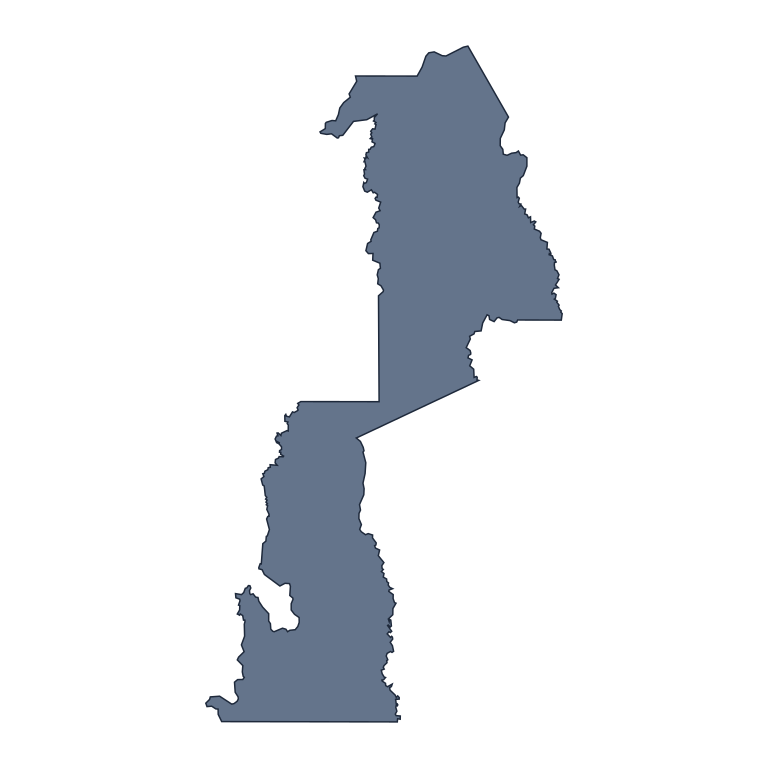 outline of Novo Aripuanã, Amazonas, Brazil
{"feature_id": "56859067B78656810677763", "entity_name": "Novo Aripuanã", "entity_type": "district", "adm_level": 2, "iso_a3": "BRA", "parent_name": "Brazil", "parent_adm1": "Amazonas", "projection": "natural_earth1", "projection_center": [-60.525, -6.833], "detail": "fine", "context": "isolated", "style": "filled", "palette": "slate", "viewbox_px": 768, "rotation_deg": 0, "n_neighbors": 0, "source": "geoboundaries", "source_scale": "gbopen_adm2", "svg_char_len": 6119}
<svg xmlns="http://www.w3.org/2000/svg" viewBox="0 0 768 768"><path d="M221.7,721.6L397.3,721.9L397.6,718.7L400.2,719.2L400.3,716.0L396.1,715.6L395.3,714.1L396.9,711.2L395.8,707.5L396.2,705.3L397.2,705.9L397.8,704.9L397.2,703.8L396.3,704.2L395.6,699.4L399.2,699.1L399.2,697.5L397.7,695.9L396.3,697.5L395.2,695.1L390.1,690.2L389.6,687.6L391.4,686.6L392.2,684.1L387.5,686.7L385.7,685.6L385.5,683.3L382.2,681.1L381.9,680.1L383.6,679.8L385.5,677.5L384.3,677.2L382.2,673.8L381.3,670.2L384.2,669.1L383.3,667.3L384.0,665.6L387.0,662.7L386.7,660.6L387.8,659.8L386.2,656.0L387.1,653.4L390.4,651.5L392.0,652.4L393.6,651.3L392.4,645.6L390.2,642.3L392.7,639.1L392.4,637.1L391.6,636.3L390.5,637.4L387.2,633.9L389.0,631.7L390.3,632.6L391.7,631.3L387.6,625.5L388.2,625.0L390.3,627.0L391.4,626.0L390.8,620.1L389.7,619.5L389.2,621.7L388.3,619.0L392.8,614.7L392.9,608.6L396.0,603.2L394.5,602.6L393.1,598.5L393.2,594.6L388.8,591.4L389.1,590.0L392.6,588.7L389.7,587.3L388.2,585.0L388.5,582.9L386.8,581.6L386.6,579.0L383.3,577.1L384.0,573.5L381.4,571.6L383.3,569.4L382.2,568.7L381.8,565.7L383.9,562.6L378.3,555.7L379.6,550.0L375.5,548.1L374.6,545.7L375.9,545.0L376.2,542.9L372.5,537.9L372.6,535.0L368.2,533.6L365.5,534.7L361.2,531.7L359.7,529.3L361.4,524.6L358.9,518.6L359.0,513.4L360.5,510.1L359.5,504.6L363.8,494.8L364.1,488.7L363.0,483.1L365.1,473.5L365.8,462.7L363.0,452.1L364.0,450.8L363.2,447.3L360.4,441.4L356.3,438.0L478.7,380.4L477.0,379.9L477.2,377.2L476.3,376.5L474.1,377.4L473.7,369.2L469.7,365.8L472.1,359.9L468.0,357.9L468.5,355.4L470.6,354.4L470.8,353.0L470.1,350.5L466.2,347.7L470.3,339.0L469.6,336.3L474.0,333.9L474.8,331.5L481.1,330.9L482.7,323.0L487.1,314.8L489.0,315.8L489.6,319.5L494.1,321.6L497.1,317.8L499.1,317.4L502.1,319.5L510.0,320.6L514.4,322.8L516.7,322.1L517.6,320.0L561.3,320.1L562.2,313.6L560.8,312.1L561.3,311.0L559.7,309.5L558.4,306.3L559.1,305.1L556.8,302.3L557.4,301.2L554.3,299.1L555.4,298.3L556.1,294.7L553.9,293.1L552.0,294.1L551.7,292.7L554.0,288.3L558.4,287.7L555.5,285.0L559.1,279.3L557.5,278.5L559.0,274.8L556.8,270.7L555.0,269.8L554.3,265.2L554.5,262.5L556.7,262.0L555.6,261.8L555.2,259.8L553.7,259.5L552.4,255.9L549.1,254.7L549.3,253.7L550.8,254.6L550.9,253.3L549.0,249.2L546.9,249.0L547.4,242.4L540.9,239.7L540.3,237.6L541.1,233.3L539.5,231.2L534.3,229.0L534.8,226.1L533.4,224.8L535.8,221.9L534.3,221.0L530.7,222.5L530.5,216.8L528.4,217.8L527.1,214.8L524.7,213.9L525.6,209.1L524.2,209.1L521.3,205.4L519.8,206.3L520.9,204.1L519.0,203.7L518.2,202.1L519.3,198.2L518.4,197.1L517.1,197.6L516.9,187.5L519.4,183.2L520.4,178.1L523.3,175.6L526.9,166.2L526.9,157.7L523.2,154.8L520.6,155.1L518.4,151.0L516.1,152.6L511.6,153.2L507.1,155.3L503.3,154.2L502.8,149.3L500.2,145.7L500.3,138.4L504.3,129.9L505.1,122.9L508.5,117.1L467.9,46.1L463.3,47.2L446.0,56.0L442.2,55.7L434.2,51.9L428.8,52.8L425.9,56.2L422.1,67.1L417.1,76.1L355.5,76.0L356.7,81.3L349.1,93.9L350.3,97.2L343.7,102.6L339.8,108.0L338.4,114.6L335.7,120.8L332.0,120.5L326.3,122.3L325.4,123.4L325.3,128.6L320.0,131.9L320.8,133.3L326.8,134.4L331.5,133.8L337.2,138.0L338.5,137.8L339.4,135.7L342.8,135.3L353.5,121.4L366.8,119.7L377.6,113.8L374.3,117.5L374.3,120.3L373.5,121.0L376.0,122.5L374.8,123.9L376.0,124.6L375.0,129.1L372.6,128.8L370.7,131.3L371.8,132.9L370.7,134.2L371.8,136.8L370.2,138.6L371.9,139.1L372.7,138.0L372.0,141.8L375.0,143.4L374.7,144.5L373.8,146.6L371.3,147.2L370.1,149.3L368.7,149.4L368.7,152.1L366.4,152.7L365.9,154.8L367.4,157.6L366.0,156.7L365.8,158.3L364.3,158.0L365.0,159.5L364.0,161.7L364.9,161.7L366.0,166.2L364.8,168.6L365.5,169.6L363.9,169.8L364.5,174.1L363.7,175.7L365.1,178.3L367.6,179.1L366.3,182.6L364.5,183.4L363.8,182.5L362.9,186.7L364.7,191.1L367.3,192.2L371.4,189.8L373.2,192.8L374.6,192.3L377.5,194.4L377.1,197.3L376.1,197.1L375.1,198.4L375.9,200.2L380.7,202.1L378.7,208.1L380.1,210.7L376.0,212.2L373.1,217.6L375.6,219.8L376.5,222.8L378.3,223.1L379.3,224.8L379.1,227.8L377.8,228.5L377.4,231.2L373.9,232.5L370.8,239.8L371.1,241.3L367.6,243.5L365.9,250.7L368.4,253.6L373.0,253.5L372.7,260.2L379.9,263.2L380.4,268.3L378.4,269.7L377.2,274.9L378.3,278.6L377.7,283.8L381.0,285.8L383.5,290.1L383.2,291.6L378.5,295.8L379.1,401.7L300.8,401.6L297.7,403.4L298.9,405.0L297.1,407.7L298.1,410.0L297.5,410.7L294.2,412.5L292.5,411.9L289.4,416.9L286.4,416.2L285.8,414.4L284.8,415.6L284.9,421.3L287.9,422.0L287.2,423.6L288.3,425.0L288.2,431.0L287.0,430.6L281.4,433.2L280.9,435.5L278.1,432.9L277.0,433.1L277.9,435.8L276.5,436.1L275.1,439.0L276.6,442.6L277.6,443.1L277.2,441.6L279.3,442.7L279.1,444.0L281.5,446.8L281.5,449.5L279.6,450.6L279.5,452.2L280.8,452.3L280.7,454.3L283.6,456.1L283.2,456.8L279.1,456.6L278.5,458.1L275.5,459.5L275.1,462.8L277.2,465.3L270.1,464.7L270.3,467.3L268.2,467.7L267.8,469.7L264.9,471.2L264.4,473.3L262.8,473.7L263.9,476.6L261.1,478.9L262.7,485.0L264.2,486.0L265.3,495.6L266.8,497.3L265.6,499.1L267.1,500.1L266.0,502.2L267.4,503.6L266.3,504.8L267.6,505.7L266.8,509.4L269.1,514.4L268.6,515.9L269.7,516.1L267.7,516.6L266.6,519.0L269.4,529.6L267.3,535.9L266.3,536.4L265.9,541.1L262.8,543.7L261.3,563.9L260.2,563.7L258.8,567.5L258.9,568.8L262.1,569.7L264.4,574.5L279.9,586.0L285.0,583.3L289.5,583.6L290.4,586.3L289.8,595.5L292.8,598.0L293.0,599.4L291.2,603.7L291.2,610.0L294.5,614.3L299.1,617.5L299.2,622.4L297.8,626.5L295.2,629.7L289.8,630.3L287.6,631.7L285.9,629.2L282.5,628.2L274.2,631.7L272.8,631.3L270.8,629.2L270.4,623.6L268.7,621.1L268.7,613.7L262.6,607.1L258.8,601.2L258.0,597.5L255.6,597.1L253.1,593.8L250.6,594.6L249.8,593.6L249.5,590.6L250.8,588.0L249.9,585.7L248.4,585.6L246.8,587.9L245.3,588.3L243.7,592.6L241.5,594.6L235.5,593.6L235.9,597.8L239.7,599.2L240.0,600.8L238.5,605.1L239.8,605.7L239.6,610.0L237.3,614.0L239.6,615.2L240.3,614.0L242.7,615.6L243.5,620.1L244.8,620.1L245.0,621.6L244.3,624.2L244.6,636.2L241.4,644.9L244.1,651.7L238.6,657.1L237.3,659.9L242.8,665.6L242.3,671.9L243.2,676.3L244.3,677.4L242.8,679.5L237.6,679.6L234.5,682.2L235.2,692.3L238.1,696.8L238.3,699.0L237.1,701.3L234.0,703.6L231.7,704.1L219.6,696.2L210.3,696.9L209.6,699.4L205.8,703.2L207.0,706.6L211.7,706.2L215.8,708.9L218.1,709.1L218.2,714.4L221.7,721.6Z" fill="#64748b" stroke="#1e293b" stroke-width="1.5"/></svg>